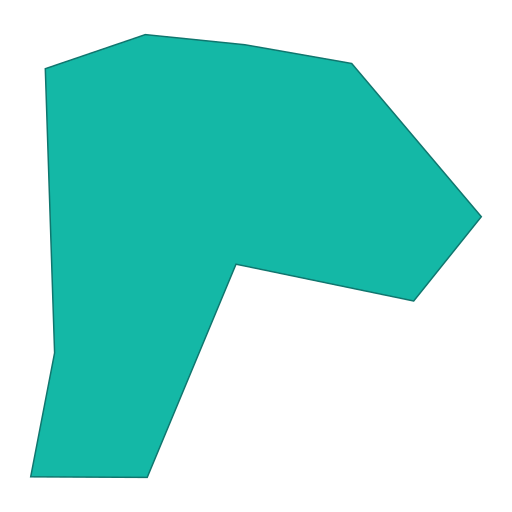 the state/province of Glacis
{"feature_id": "SYC-5209", "entity_name": "Glacis", "entity_type": "state/province", "adm_level": 1, "iso_a3": "SYC", "parent_name": "Seychelles", "parent_adm1": "", "projection": "natural_earth1", "projection_center": [55.444, -4.574], "detail": "fine", "context": "isolated", "style": "filled", "palette": "teal", "viewbox_px": 512, "rotation_deg": 0, "n_neighbors": 0, "source": "natural_earth", "source_scale": "10m", "svg_char_len": 256}
<svg xmlns="http://www.w3.org/2000/svg" viewBox="0 0 512 512"><path d="M30.7,476.8L54.6,352.9L45.3,68.7L145.3,34.6L245.2,44.8L351.7,63.5L481.3,216.7L413.7,301.0L236.0,264.2L147.2,477.4L30.7,476.8Z" fill="#14b8a6" stroke="#0f766e" stroke-width="1.5"/></svg>